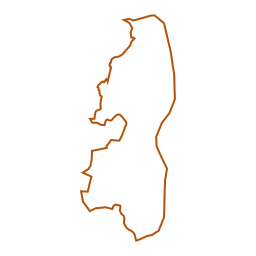 outline of Nkanu East, Enugu, Nigeria
{"feature_id": "59680162B97802053648263", "entity_name": "Nkanu East", "entity_type": "district", "adm_level": 2, "iso_a3": "NGA", "parent_name": "Nigeria", "parent_adm1": "Enugu", "projection": "albers", "projection_center": [7.631, 6.32], "detail": "fine", "context": "isolated", "style": "outline", "palette": "amber", "viewbox_px": 256, "rotation_deg": 0, "n_neighbors": 0, "source": "geoboundaries", "source_scale": "gbopen_adm2", "svg_char_len": 2103}
<svg xmlns="http://www.w3.org/2000/svg" viewBox="0 0 256 256"><path d="M100.3,95.6L101.7,96.4L101.1,99.4L100.9,100.2L100.4,104.3L100.9,108.5L98.9,110.0L96.4,110.7L95.5,112.2L94.9,114.9L94.5,118.7L91.2,118.9L90.0,118.9L92.5,122.8L96.8,122.7L99.1,123.8L100.1,124.4L101.2,125.0L101.6,124.9L104.0,125.1L104.6,125.1L105.5,121.3L106.2,120.2L107.2,119.5L109.9,120.6L111.5,120.2L113.5,117.9L115.7,115.8L117.6,114.5L119.8,114.7L122.5,117.1L123.3,118.4L126.3,122.3L126.3,124.4L125.3,126.5L125.2,126.6L124.8,127.4L124.7,128.3L122.2,135.0L121.7,136.2L121.5,136.5L119.3,140.6L119.2,140.7L111.1,140.0L106.5,146.3L106.8,147.9L91.9,150.9L91.9,154.9L91.6,160.3L90.5,165.6L88.6,168.9L82.8,172.6L90.7,176.3L91.5,176.7L90.7,179.3L87.7,191.7L81.1,191.3L83.0,201.7L89.9,211.1L95.6,208.3L105.7,207.3L112.4,209.0L113.0,206.7L114.4,205.1L115.7,204.6L117.8,205.0L120.3,205.9L120.3,208.1L119.8,210.3L121.2,213.6L123.5,215.6L124.6,218.7L124.2,219.7L124.0,223.1L124.0,223.3L125.8,226.6L126.5,227.8L129.3,230.0L130.7,230.6L131.8,231.1L133.4,232.8L134.5,234.2L136.2,240.6L139.4,239.5L144.9,237.0L146.7,236.2L151.9,235.0L155.2,232.9L158.7,230.7L164.0,217.2L164.3,208.8L164.4,202.3L164.6,194.2L164.6,192.9L165.1,180.1L167.0,168.5L164.1,162.7L163.5,161.5L162.1,158.6L159.7,153.3L156.6,146.2L156.2,137.6L156.2,137.2L156.8,135.5L161.8,123.0L169.4,113.1L170.3,110.9L172.3,106.0L174.9,99.2L174.7,93.9L174.6,89.7L174.5,87.6L174.3,76.8L173.9,72.3L172.8,66.1L170.8,52.0L170.0,48.6L167.3,37.1L164.0,23.2L159.5,19.5L154.6,15.4L150.6,15.7L133.4,20.5L129.4,18.9L124.0,19.9L129.5,23.0L131.1,26.0L132.2,28.0L130.6,32.8L131.3,37.5L133.6,37.7L134.5,38.5L131.4,41.7L130.2,45.4L125.5,50.8L122.3,54.5L120.7,55.5L119.7,56.1L118.9,56.6L114.8,57.2L114.0,57.7L111.8,59.0L111.6,59.6L110.6,63.0L110.0,63.3L109.8,64.4L109.6,64.9L109.6,65.3L110.0,65.7L109.9,66.1L110.1,66.7L111.1,67.2L111.0,67.7L110.4,70.0L109.1,75.6L107.6,81.6L107.1,80.3L106.7,80.2L106.2,79.2L104.0,82.3L102.8,81.9L102.7,81.6L102.3,81.7L101.6,82.2L99.2,84.4L97.8,86.2L97.5,87.1L98.5,87.9L98.6,89.7L98.6,90.2L99.4,90.6L99.5,92.9L100.3,95.6Z" fill="none" stroke="#b45309" stroke-width="2"/></svg>